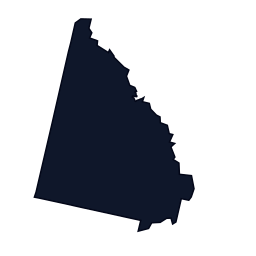 Cullman, Alabama, United States of America, rotated 282°
{"feature_id": "52423323B47632571632654", "entity_name": "Cullman", "entity_type": "district", "adm_level": 2, "iso_a3": "USA", "parent_name": "United States of America", "parent_adm1": "Alabama", "projection": "robinson", "projection_center": [-86.753, 34.086], "detail": "fine", "context": "isolated", "style": "filled", "palette": "ink", "viewbox_px": 256, "rotation_deg": 282, "n_neighbors": 0, "source": "geoboundaries", "source_scale": "gbopen_adm2", "svg_char_len": 1377}
<svg xmlns="http://www.w3.org/2000/svg" viewBox="0 0 256 256"><g transform="rotate(282 128 128)"><path d="M29.2,159.4L34.0,169.0L40.2,170.9L42.4,179.1L47.7,184.5L48.8,188.8L43.4,191.6L46.0,194.4L70.0,194.8L70.0,202.5L73.7,204.2L82.3,205.2L94.6,200.0L93.4,187.9L104.3,185.1L106.6,178.7L109.3,179.9L118.4,173.9L122.6,176.9L122.9,171.5L130.9,173.2L131.0,169.5L138.8,165.9L139.9,158.5L145.5,157.0L146.5,153.1L151.1,146.3L156.5,143.7L156.7,136.6L161.1,137.1L159.6,135.5L159.3,135.1L159.0,134.3L158.8,134.0L158.3,133.3L157.8,132.7L157.3,131.7L156.8,130.9L156.3,130.6L155.8,130.1L155.6,129.9L155.6,129.7L156.2,129.1L157.5,128.3L158.2,127.6L158.5,127.2L158.9,126.4L159.0,125.8L159.4,125.7L160.0,125.8L160.4,126.0L160.4,126.4L160.4,127.0L160.1,127.6L160.1,127.9L160.4,128.7L160.4,129.8L160.5,130.0L161.1,130.1L161.8,129.2L162.3,128.9L163.4,128.6L163.8,128.2L164.3,127.4L164.5,127.3L164.7,127.2L165.0,127.4L165.2,127.6L165.3,128.1L165.3,128.5L165.7,128.8L166.0,128.5L166.4,128.2L167.0,127.7L168.2,126.9L168.6,126.6L169.1,126.1L170.1,120.8L178.4,115.7L184.9,116.8L186.7,111.3L194.3,99.5L195.4,99.4L200.7,93.7L197.7,93.1L202.3,80.6L206.9,80.1L208.1,71.7L213.6,72.8L217.4,69.0L226.8,69.3L224.9,59.2L219.8,54.6L199.5,54.3L190.3,53.9L124.5,52.9L117.7,52.8L46.1,51.4L40.9,50.8L41.0,55.8L40.9,79.8L40.7,98.7L40.3,159.7L29.2,159.4Z" fill="#0f172a" stroke="#020617" stroke-width="1.5"/></g></svg>